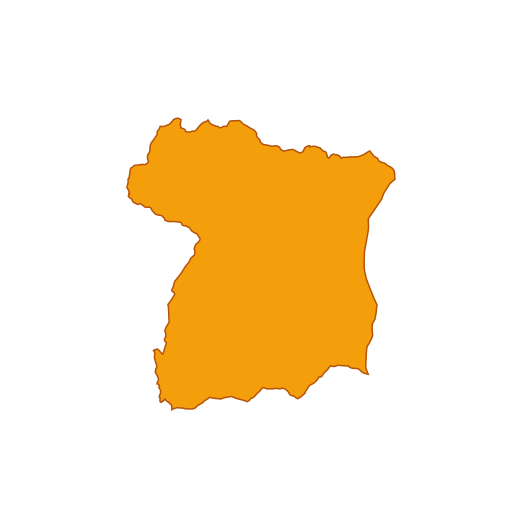 the district of Sucevita, Suceava, Romania, rotated 145°
{"feature_id": "2599482B88987982170225", "entity_name": "Sucevita", "entity_type": "district", "adm_level": 2, "iso_a3": "ROU", "parent_name": "Romania", "parent_adm1": "Suceava", "projection": "natural_earth1", "projection_center": [25.699, 47.77], "detail": "fine", "context": "isolated", "style": "filled", "palette": "amber", "viewbox_px": 512, "rotation_deg": 145, "n_neighbors": 0, "source": "geoboundaries", "source_scale": "gbopen_adm2", "svg_char_len": 6136}
<svg xmlns="http://www.w3.org/2000/svg" viewBox="0 0 512 512"><g transform="rotate(145 256 256)"><path d="M325.2,378.8L326.4,378.0L326.1,376.3L325.2,373.7L325.5,372.5L325.6,371.2L325.5,370.1L323.3,366.1L322.3,365.5L321.3,365.5L320.5,365.2L320.2,363.8L319.5,362.4L319.2,360.6L318.8,359.6L317.8,358.6L315.2,357.2L314.9,356.5L314.6,355.7L314.6,355.2L314.9,353.9L315.0,352.5L314.7,351.2L314.6,348.8L314.4,348.0L313.7,346.9L312.5,345.5L310.7,343.9L310.1,343.0L309.4,339.2L310.0,337.8L310.0,337.3L308.3,334.9L306.8,333.6L303.3,331.2L299.7,328.1L298.3,326.4L298.2,325.8L298.4,324.5L298.7,323.8L298.5,323.4L298.0,322.5L297.0,321.4L296.0,320.7L295.3,319.0L294.5,317.9L294.3,317.3L294.3,316.3L294.4,313.9L293.2,310.5L292.4,309.3L291.6,307.8L291.8,303.2L292.0,302.0L293.0,301.2L295.0,300.5L298.1,300.1L300.3,299.2L302.7,297.1L302.7,296.1L303.3,295.3L304.6,293.0L305.8,292.2L311.0,291.5L312.6,290.6L314.6,289.3L315.8,289.1L320.2,287.8L326.7,285.0L332.5,283.1L337.4,281.8L341.4,278.3L344.7,276.3L345.0,275.6L344.0,272.7L344.5,271.4L345.3,270.9L350.6,268.6L356.0,266.8L357.0,264.5L365.2,251.5L370.7,249.2L373.0,247.6L373.8,246.7L374.5,244.0L375.4,242.8L376.0,241.9L378.0,240.8L379.1,239.8L379.5,238.6L379.2,237.2L379.2,236.2L388.5,229.1L389.2,230.6L389.5,234.3L389.7,235.2L390.3,236.5L392.2,236.8L392.4,237.3L394.3,237.3L394.2,236.5L394.3,235.5L394.6,234.6L395.0,234.0L397.8,230.7L397.7,230.4L399.1,226.8L399.2,226.0L400.3,223.0L400.9,222.0L401.5,221.6L402.7,221.2L403.2,220.8L403.6,219.7L404.7,219.3L405.2,218.2L405.4,217.5L405.2,216.7L405.5,215.2L405.5,214.7L405.8,213.9L406.0,212.3L406.6,211.0L406.9,210.6L408.0,209.7L408.6,209.6L409.0,209.2L409.4,209.1L409.7,208.7L410.1,208.5L410.3,208.3L410.4,208.0L409.6,206.9L409.4,205.8L409.5,205.2L410.7,204.4L411.0,203.8L411.2,202.5L411.0,201.6L411.0,201.3L411.2,200.8L412.9,198.4L413.4,197.9L414.2,197.8L414.6,197.5L414.9,196.8L416.1,196.1L416.3,195.9L415.9,195.0L418.1,191.9L418.1,191.4L417.6,190.4L417.4,190.3L417.1,190.4L416.7,190.8L415.8,190.6L415.6,190.8L415.4,190.8L415.0,190.3L414.8,190.3L414.1,190.9L413.4,190.9L412.9,191.2L412.6,191.1L412.7,190.9L413.0,190.6L412.8,190.4L412.3,187.8L411.7,187.0L410.8,182.4L410.9,181.5L411.9,180.4L412.1,179.4L413.1,178.4L412.1,178.3L409.7,177.7L408.0,177.1L406.9,176.4L402.3,172.6L401.7,171.5L401.0,170.9L395.6,167.1L393.1,166.4L390.6,166.9L387.2,166.8L384.3,166.4L383.4,166.5L381.7,167.0L378.3,166.7L375.1,166.8L371.9,163.4L367.6,159.8L366.9,159.0L366.4,158.8L365.3,158.9L360.1,156.7L356.4,154.7L355.9,154.1L355.0,152.4L354.1,151.0L348.9,144.9L347.3,142.3L346.4,141.7L345.8,141.6L344.4,141.6L343.5,141.8L342.9,142.1L342.4,142.2L341.7,142.2L340.0,141.7L338.0,141.8L334.1,142.7L330.0,143.2L329.5,143.3L328.9,143.9L328.5,144.0L325.4,144.0L324.8,143.3L323.5,141.1L322.5,140.3L320.8,139.4L319.4,138.1L318.9,137.8L316.1,136.5L315.4,136.1L313.8,134.3L312.6,133.4L309.8,132.5L308.4,130.1L307.8,128.4L307.5,125.7L307.8,123.2L307.5,122.0L305.7,119.9L305.0,118.4L304.6,116.9L304.1,116.0L303.8,115.2L300.1,114.9L295.6,115.4L294.2,115.7L293.1,116.7L286.6,119.2L285.4,119.2L282.1,118.7L278.9,119.0L276.4,119.6L273.7,120.8L273.1,120.1L271.7,119.7L271.2,119.7L267.2,121.2L263.7,121.7L261.6,122.2L259.9,122.8L258.0,123.3L257.2,122.3L255.5,120.7L253.8,120.0L252.6,119.8L251.7,119.6L245.7,114.6L244.2,113.5L243.7,113.0L243.0,111.1L241.9,109.3L240.7,108.1L238.5,106.5L237.0,104.9L236.6,104.3L236.4,103.6L236.2,101.9L235.9,100.8L234.8,98.0L231.9,94.8L230.2,101.6L221.8,112.6L218.5,116.6L216.7,118.2L212.9,119.8L207.5,122.8L205.9,124.2L202.2,130.5L199.2,134.0L194.8,136.0L190.2,140.6L184.9,146.7L183.7,153.3L181.5,162.9L178.7,174.0L175.5,181.8L172.2,187.2L164.8,197.2L150.4,211.5L147.2,215.1L143.7,220.6L142.2,222.3L120.9,230.3L114.8,234.4L104.8,238.5L98.0,239.2L97.2,241.1L96.1,242.5L94.9,244.5L94.0,246.6L93.9,249.4L95.0,252.4L96.1,253.9L97.2,257.8L100.7,262.6L100.5,266.6L101.5,268.4L102.1,270.2L102.5,274.5L102.5,276.7L103.8,277.0L109.4,277.3L111.4,277.6L115.2,278.7L116.6,279.5L118.9,281.0L119.6,281.3L120.7,282.3L121.8,283.0L123.8,284.0L125.4,285.2L127.1,286.1L127.9,286.8L130.4,287.4L130.0,289.5L130.3,290.2L130.7,290.9L131.9,292.7L132.5,293.1L133.2,293.8L133.9,295.0L134.3,295.2L136.4,295.5L140.1,294.4L140.8,296.2L139.9,298.1L139.3,300.1L139.2,301.3L139.5,301.9L140.2,302.6L140.8,303.5L141.6,308.0L143.3,309.9L143.6,310.6L144.8,312.2L148.5,314.2L149.5,314.6L148.9,315.6L149.6,316.1L150.5,316.4L152.3,316.7L154.5,316.5L155.0,315.9L155.6,315.6L156.5,315.4L157.2,314.8L157.3,314.5L158.1,314.4L160.3,315.1L160.8,315.2L161.5,315.8L162.2,317.6L163.2,319.2L163.7,320.5L164.3,321.6L165.6,322.7L166.1,323.0L166.8,323.3L167.9,324.0L169.5,324.6L171.1,325.1L172.4,325.7L173.4,326.6L174.0,327.6L174.6,329.3L174.6,329.9L174.4,330.8L174.3,331.7L174.5,332.3L175.5,334.0L177.4,335.6L179.7,336.4L183.2,340.4L184.9,342.0L185.7,343.0L186.2,343.3L186.4,343.6L186.7,345.6L187.0,346.5L186.8,347.4L186.4,348.3L186.3,349.1L186.8,353.3L186.7,354.1L185.2,356.0L185.1,357.1L185.5,360.5L188.1,365.6L188.7,367.6L190.9,371.5L191.1,373.7L191.5,375.5L192.0,376.6L193.1,377.2L199.2,381.1L200.3,381.4L200.5,381.4L205.6,379.0L208.4,380.9L210.6,381.1L211.5,381.3L211.9,381.6L212.3,382.8L213.5,384.6L214.4,385.2L215.0,386.3L217.4,390.2L217.5,391.0L217.3,395.0L218.7,394.6L221.7,395.4L222.9,395.6L224.7,395.6L228.0,394.9L232.8,393.5L234.5,393.4L236.7,394.9L239.0,395.5L240.5,396.5L242.0,397.8L242.1,398.5L241.7,400.4L242.4,401.9L242.9,402.7L243.6,403.5L244.1,403.9L244.0,404.3L243.1,405.7L243.2,406.3L240.8,409.1L239.2,410.6L239.2,410.8L240.5,413.1L241.1,413.8L242.6,414.5L244.6,415.0L245.3,415.0L248.2,414.2L250.8,413.7L252.1,413.7L253.1,414.0L256.7,414.8L258.2,415.6L260.1,417.2L262.5,415.5L264.9,414.9L266.1,414.0L266.5,413.3L267.2,412.3L272.1,410.3L276.8,408.8L278.8,407.5L280.1,406.2L282.1,403.7L283.7,402.1L286.6,401.0L288.5,399.0L289.6,396.2L289.8,395.1L291.1,394.4L293.7,394.4L294.9,394.7L296.5,396.2L301.2,398.5L303.4,399.9L306.5,399.7L308.0,399.8L309.3,399.1L314.6,393.3L316.7,392.3L318.5,389.7L322.4,386.2L322.7,385.4L322.6,382.5L323.1,381.8L323.3,381.1L323.6,380.6L324.1,380.4L324.7,379.9L324.7,379.5L324.1,379.1L324.1,378.9L325.2,378.8Z" fill="#f59e0b" stroke="#b45309" stroke-width="1.5"/></g></svg>